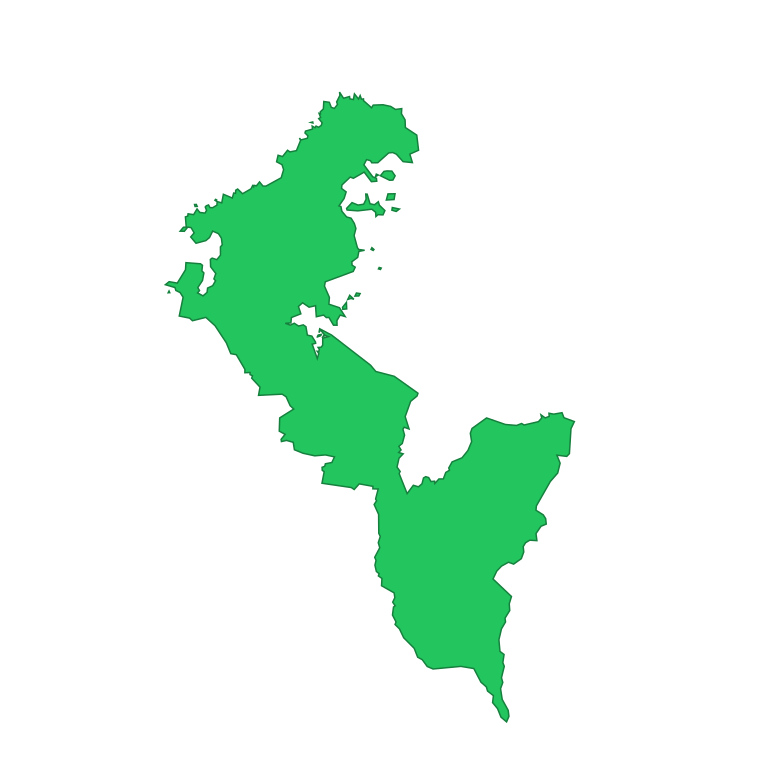 Lombok Barat, Nusa Tenggara Barat, Indonesia, rotated 114°
{"feature_id": "22746128B38668827904245", "entity_name": "Lombok Barat", "entity_type": "district", "adm_level": 2, "iso_a3": "IDN", "parent_name": "Indonesia", "parent_adm1": "Nusa Tenggara Barat", "projection": "albers", "projection_center": [116.037, -8.666], "detail": "fine", "context": "isolated", "style": "filled", "palette": "green", "viewbox_px": 768, "rotation_deg": 114, "n_neighbors": 0, "source": "geoboundaries", "source_scale": "gbopen_adm2", "svg_char_len": 6187}
<svg xmlns="http://www.w3.org/2000/svg" viewBox="0 0 768 768"><g transform="rotate(114 384 384)"><path d="M378.6,349.2L372.8,377.8L375.9,396.6L372.3,403.9L360.6,451.8L359.7,465.2L363.5,464.3L360.5,464.0L363.5,457.6L363.3,454.0L367.1,458.6L373.5,455.8L376.0,456.4L377.4,459.1L378.6,457.2L380.8,456.8L381.3,458.3L382.6,456.0L387.9,455.3L376.8,465.8L374.6,463.0L373.5,463.7L369.6,469.4L370.5,473.9L363.4,478.6L362.8,481.8L365.8,485.6L365.0,490.7L368.3,493.5L368.7,498.9L366.1,493.9L360.9,495.6L353.7,488.5L348.0,493.7L342.9,491.4L344.3,483.7L340.3,478.4L350.1,473.2L345.6,467.2L346.8,463.7L345.6,461.4L350.8,454.1L349.4,450.8L345.2,452.8L338.9,452.1L338.2,446.9L332.4,455.7L333.5,466.8L327.1,469.1L318.8,478.2L314.5,479.2L293.7,457.9L289.0,457.8L288.4,461.5L285.4,463.1L279.0,459.5L273.1,460.9L269.7,456.1L271.4,461.9L270.2,463.8L260.5,471.7L253.4,472.9L249.4,476.4L245.9,481.5L246.6,486.1L243.3,492.8L239.4,495.5L239.6,497.6L230.8,495.9L223.9,496.7L222.6,502.3L219.3,503.4L208.7,499.0L208.5,495.6L198.5,488.3L204.3,477.8L201.7,473.1L199.1,474.6L199.3,478.5L192.0,491.5L186.1,491.2L185.5,487.2L186.9,485.1L184.4,479.7L171.0,473.7L169.0,470.2L169.0,466.2L173.1,457.0L170.2,448.1L163.5,453.9L156.4,447.5L143.3,455.3L141.0,468.8L134.1,472.2L130.0,478.0L125.2,479.8L128.5,485.2L127.7,490.8L129.3,498.5L133.6,507.3L136.7,507.7L133.5,517.9L131.9,518.7L133.0,520.4L130.2,523.1L134.0,523.2L131.0,529.0L136.6,527.7L137.4,531.1L135.4,532.4L139.4,537.2L135.4,543.4L138.2,541.7L145.6,542.0L147.5,540.2L152.4,541.4L152.7,544.7L148.9,548.5L150.4,553.9L157.4,551.3L161.3,552.9L163.0,552.0L163.2,553.4L166.3,550.3L168.1,551.6L170.5,546.8L173.4,546.5L176.1,548.3L176.0,551.0L177.9,551.2L177.6,554.5L180.2,553.0L184.9,558.6L186.8,558.3L188.3,554.4L190.7,554.0L194.8,559.2L193.7,561.3L195.4,559.3L206.4,558.9L210.2,564.3L209.7,567.2L217.5,569.2L218.1,573.8L224.7,572.5L225.1,566.4L229.0,562.9L237.4,561.8L251.2,572.3L252.4,575.1L250.0,579.9L254.8,581.1L255.4,583.6L256.9,583.3L256.2,584.7L259.8,584.9L267.7,590.6L265.4,597.0L267.3,598.3L270.2,597.2L270.7,599.0L275.8,598.2L276.0,607.9L284.5,605.9L285.2,610.6L288.6,609.4L292.7,612.3L293.6,614.8L291.8,617.1L293.4,618.8L295.0,619.3L297.6,616.7L300.7,617.1L302.2,622.1L300.1,626.0L306.7,626.8L308.2,632.2L310.5,631.6L312.1,633.4L321.1,628.5L322.4,631.0L327.3,632.4L325.7,628.5L320.5,627.1L319.6,623.8L323.2,618.9L328.3,620.4L331.9,613.0L325.5,605.1L321.3,603.0L314.0,602.7L314.0,596.4L316.9,591.9L322.6,588.4L325.3,589.2L332.8,585.8L338.4,587.3L338.9,592.2L340.8,593.3L347.4,590.1L351.5,582.6L357.2,582.1L358.2,579.9L363.9,580.5L368.1,584.2L372.3,582.9L377.1,585.2L376.6,591.4L373.7,590.5L371.7,593.3L363.3,591.9L355.8,593.7L354.7,596.4L349.4,598.1L348.8,600.5L353.7,614.3L360.4,611.8L375.9,613.9L377.9,621.9L382.2,624.1L380.9,614.2L383.2,612.2L383.4,607.4L386.5,602.8L405.2,598.7L402.9,588.4L404.1,584.7L395.6,573.8L399.5,562.0L410.5,544.8L418.6,536.3L417.3,530.8L427.2,517.0L430.3,515.7L428.0,511.0L429.9,510.2L430.0,507.5L432.5,507.2L437.3,496.0L445.4,494.0L434.7,472.9L435.5,468.2L442.0,460.9L443.6,456.3L457.4,465.5L469.7,460.5L470.2,453.9L476.4,455.5L478.3,454.3L475.2,450.1L474.2,443.2L480.5,439.1L480.2,429.8L477.8,418.1L472.6,408.6L470.7,399.6L476.9,399.7L480.7,405.1L483.3,404.7L485.3,406.7L488.0,405.3L488.4,403.0L499.9,400.3L491.9,371.8L492.5,368.3L485.3,366.0L482.0,352.5L484.3,351.5L482.3,346.6L492.5,344.9L493.7,343.3L498.1,344.0L505.3,335.9L522.6,328.0L524.8,325.4L531.3,324.7L535.3,321.3L546.1,322.0L548.3,319.6L553.2,318.6L558.4,314.7L559.3,311.3L561.6,311.1L562.5,306.8L569.3,304.2L570.7,289.8L574.8,287.2L579.8,287.3L582.1,283.6L583.9,284.6L591.6,282.3L596.5,276.2L599.2,276.1L601.4,270.3L607.8,262.8L613.2,248.9L619.9,242.1L620.3,236.9L624.5,229.6L624.4,223.3L610.7,198.9L607.4,186.2L617.0,174.1L619.1,167.3L622.4,164.5L624.2,157.3L630.9,155.2L634.4,148.2L640.8,141.6L642.8,134.6L636.8,134.7L631.6,137.8L624.1,147.7L614.9,153.6L608.3,154.1L604.6,157.2L593.0,159.3L590.2,162.1L582.3,164.3L581.1,169.3L570.9,175.0L559.9,177.1L551.9,176.2L548.7,178.2L539.8,177.0L533.8,180.2L526.3,181.1L517.8,205.1L509.1,204.9L502.6,202.6L496.2,197.8L495.8,192.3L487.7,187.5L480.6,188.0L475.9,190.7L471.4,190.1L467.4,187.3L464.9,180.6L458.8,184.3L450.1,182.7L446.0,178.8L441.3,181.5L438.8,185.2L437.5,193.8L433.4,195.2L405.4,192.4L394.7,189.1L384.7,190.9L378.7,197.1L375.8,187.6L372.2,186.3L348.8,195.0L340.9,194.8L341.6,205.9L337.8,209.7L342.5,216.7L343.6,221.4L346.4,219.9L349.4,223.0L348.3,228.1L350.9,226.1L355.6,227.6L364.5,239.4L364.1,242.2L367.9,246.0L371.6,256.6L373.3,276.5L388.8,285.5L393.9,285.1L401.0,280.5L410.7,280.3L419.7,282.7L427.4,290.1L434.4,290.7L436.1,289.1L439.7,291.6L446.6,291.2L448.4,295.2L454.2,297.1L452.2,298.3L454.0,301.4L451.3,305.1L451.7,308.2L453.8,309.7L459.7,308.7L463.9,310.7L464.6,316.0L474.7,318.3L459.7,333.7L457.3,333.7L454.6,338.3L445.7,340.1L440.0,338.1L440.6,342.7L437.3,341.6L434.9,345.1L430.9,343.1L422.4,344.4L417.6,348.3L415.3,348.0L414.9,342.8L405.2,351.4L389.0,352.6L381.5,348.9L378.6,349.2ZM234.3,459.5L231.8,458.4L229.9,453.7L225.2,453.7L222.5,461.0L219.8,463.3L224.1,465.6L225.0,470.1L217.4,476.6L217.9,477.9L222.5,475.5L228.0,475.7L231.1,480.5L231.3,487.0L238.8,489.6L240.1,488.5L236.5,478.4L229.3,466.2L230.5,461.5L234.3,459.5ZM195.2,472.0L195.6,461.8L194.1,458.8L189.3,458.5L186.3,463.4L188.1,467.9L189.8,470.5L195.2,472.0ZM215.0,456.7L211.4,449.8L205.7,451.3L208.7,457.7L215.0,456.7ZM330.8,453.1L332.5,452.0L330.6,448.6L324.8,451.5L330.8,453.1ZM222.0,447.5L221.4,443.0L217.9,441.1L219.4,448.2L222.0,447.5ZM321.5,451.5L319.3,449.0L318.8,446.0L316.9,451.4L321.5,451.5ZM315.5,446.3L313.8,442.8L311.1,442.6L312.1,446.2L315.5,446.3ZM368.1,464.0L365.6,461.4L364.2,461.4L366.0,464.0L367.6,464.2L368.1,464.0ZM266.3,450.6L266.4,448.2L265.2,447.9L264.4,450.5L266.3,450.6ZM297.7,626.9L296.3,628.5L297.1,630.1L298.7,628.8L297.7,626.9ZM195.4,476.4L197.8,476.1L195.4,474.1L195.4,476.4ZM281.1,435.9L280.8,433.8L279.2,433.7L279.5,435.8L281.1,435.9ZM363.3,458.8L365.4,459.0L364.1,457.8L363.3,458.8ZM387.7,616.9L386.5,618.2L388.4,618.3L387.7,616.9ZM285.2,611.5L283.9,611.7L283.8,612.9L284.9,613.2L285.2,611.5ZM174.8,557.2L174.5,555.1L173.6,555.7L174.8,557.2Z" fill="#22c55e" stroke="#15803d" stroke-width="1.5"/></g></svg>